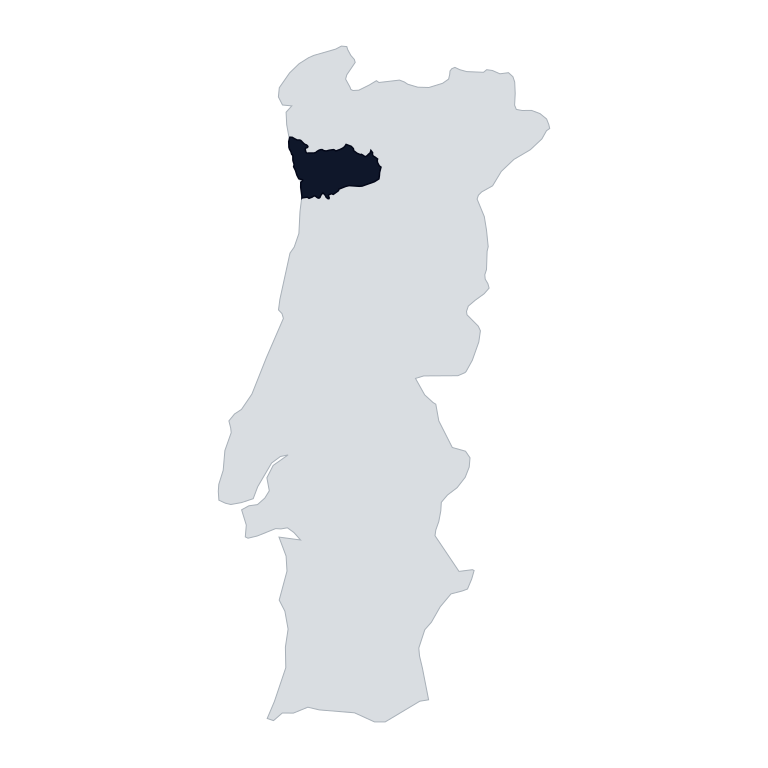 Porto on a map of Portugal (Mercator projection)
{"feature_id": "PRT-754", "entity_name": "Porto", "entity_type": "District", "adm_level": 1, "iso_a3": "PRT", "parent_name": "Portugal", "parent_adm1": "", "projection": "mercator", "projection_center": [-8.398, 41.24], "detail": "fine", "context": "in_parent", "style": "filled", "palette": "ink", "viewbox_px": 768, "rotation_deg": 0, "n_neighbors": 0, "source": "natural_earth", "source_scale": "10m", "svg_char_len": 4026}
<svg xmlns="http://www.w3.org/2000/svg" viewBox="0 0 768 768"><path d="M289.6,72.9L299.1,63.7L308.6,57.7L313.8,55.4L335.7,49.1L341.4,46.1L346.8,46.6L347.7,49.6L350.8,55.4L354.3,59.4L355.2,62.4L346.8,74.8L345.6,79.1L350.0,87.1L350.8,89.4L352.9,90.5L358.8,90.2L369.3,85.0L376.4,80.7L378.9,82.5L399.5,80.1L404.4,82.0L407.7,84.2L417.8,87.2L428.9,87.5L442.6,83.3L448.6,79.1L449.7,74.5L450.0,71.0L451.8,68.7L454.9,67.4L459.8,69.7L466.7,71.6L483.5,72.3L486.7,69.7L492.4,70.5L499.9,73.8L508.5,72.7L512.9,76.7L514.7,82.0L515.2,93.5L514.6,105.2L516.3,109.4L522.1,110.5L531.5,110.4L540.0,113.6L546.6,119.0L548.8,124.6L549.7,128.5L546.5,130.7L541.9,138.9L530.4,149.7L513.9,159.4L501.3,171.4L492.6,185.8L481.7,191.9L478.4,195.2L477.1,199.1L484.3,216.6L486.5,230.1L488.2,246.7L487.1,251.3L486.5,269.5L484.8,274.8L485.2,279.1L487.9,283.7L489.1,288.1L484.1,293.8L475.1,300.3L468.3,306.1L466.5,311.4L467.0,314.8L478.3,326.2L480.4,330.8L478.8,342.0L472.3,360.3L466.1,371.5L465.0,372.6L457.9,375.7L423.8,375.9L415.5,378.4L416.7,380.6L424.7,394.9L433.0,402.5L435.8,404.2L438.8,420.9L452.3,447.5L465.5,451.2L470.0,457.8L469.2,467.1L465.2,477.3L457.1,487.7L447.5,495.0L441.3,502.3L440.8,510.8L438.8,521.5L435.8,530.0L435.0,535.7L459.0,571.4L472.4,569.7L474.1,570.5L471.7,579.0L467.5,589.0L462.5,590.9L451.0,593.9L440.2,606.8L431.4,622.2L424.8,629.7L418.8,648.0L419.5,655.9L422.4,668.1L428.6,699.8L419.8,701.2L385.2,721.9L374.5,721.9L354.5,712.8L319.3,709.9L307.8,707.2L293.4,713.1L282.3,713.0L273.5,720.6L267.2,718.5L274.4,701.5L285.8,667.7L285.4,647.1L288.1,629.1L284.9,611.2L279.2,600.1L287.0,571.1L286.1,556.1L279.0,537.1L300.6,540.0L293.9,532.5L287.4,527.8L281.0,528.9L275.6,528.6L257.2,536.0L248.0,538.2L245.3,536.9L246.3,525.1L241.6,509.8L248.9,505.8L257.5,504.6L264.8,498.1L269.3,490.8L266.9,477.8L273.2,465.4L288.1,454.9L280.4,456.5L271.6,463.0L257.7,486.7L253.2,498.7L241.4,502.6L230.8,504.5L225.4,503.2L218.9,500.2L218.3,491.4L218.8,484.3L223.2,470.3L224.9,450.5L231.2,432.7L230.7,428.0L228.9,420.9L234.5,414.0L241.5,409.4L251.9,394.1L266.5,357.4L283.4,318.4L282.0,313.6L278.5,309.9L279.9,299.3L290.0,253.1L294.2,247.1L298.9,233.5L300.0,211.5L301.9,196.3L301.5,188.7L300.0,179.5L293.5,161.9L286.7,124.7L286.1,112.2L291.8,105.9L282.5,105.0L278.4,96.9L279.3,87.7L289.6,72.9Z" fill="#d9dde1" stroke="#a8b0b8" stroke-width="1"/><path d="M301.9,198.1L301.9,196.2L300.7,187.2L300.8,182.4L302.6,180.6L302.6,179.7L298.8,178.8L296.9,175.1L295.5,170.5L293.6,166.7L294.1,164.9L293.9,163.4L293.3,161.9L292.9,160.2L292.9,156.1L292.4,154.8L291.7,154.4L291.3,153.0L290.9,151.6L289.5,149.2L288.9,147.2L288.9,145.5L288.7,141.6L289.8,137.2L292.2,137.3L294.6,138.7L297.2,140.0L299.7,140.0L300.7,140.4L301.6,141.2L302.2,141.9L304.0,143.7L305.4,144.6L306.5,144.9L307.5,145.8L307.9,146.6L307.6,147.3L307.0,147.7L306.0,147.9L305.2,149.0L305.4,150.0L305.8,151.8L306.4,152.8L307.1,153.2L307.5,153.2L308.5,153.0L314.2,153.0L314.9,152.7L315.8,152.5L316.5,151.8L317.3,151.2L319.2,150.1L320.9,149.6L322.2,149.6L323.0,150.1L323.7,150.6L326.2,151.0L329.3,150.2L333.5,149.6L334.3,149.9L335.7,150.9L336.4,150.8L338.8,149.9L339.5,149.7L342.6,148.2L344.6,146.7L346.1,144.4L351.2,146.3L353.2,148.4L353.6,149.2L353.4,150.4L357.0,153.2L360.3,154.6L361.4,154.3L363.6,155.6L364.7,156.5L365.8,156.5L366.5,156.1L367.3,155.5L367.8,155.0L368.2,154.5L369.0,153.8L369.5,153.5L370.0,153.0L370.3,152.3L370.5,151.8L370.9,150.4L372.6,152.6L372.5,153.7L372.6,154.9L373.3,156.1L374.8,156.9L377.6,159.0L377.2,160.7L377.6,162.7L379.3,165.9L380.6,166.8L381.0,167.1L379.6,172.5L379.4,175.7L378.9,178.9L374.5,181.7L362.1,186.1L359.2,186.3L349.1,185.6L345.8,186.4L339.0,189.1L338.5,190.5L338.2,190.9L333.3,194.4L331.3,193.7L328.6,195.0L328.5,195.7L328.6,196.5L329.1,197.2L329.2,198.1L328.9,198.7L328.0,198.7L326.2,197.3L325.5,195.8L325.0,195.0L322.9,192.8L321.2,194.8L320.7,195.6L320.0,197.4L319.3,198.0L318.2,198.1L316.8,197.3L315.9,196.5L315.0,196.0L313.8,196.0L312.2,197.1L309.0,198.3L307.3,197.2L302.9,197.8L302.0,198.0L301.9,198.1Z" fill="#0f172a" stroke="#020617" stroke-width="1.5"/></svg>